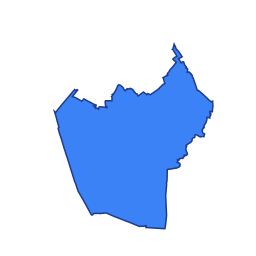 My Tu, Sóc Trăng, Vietnam, rotated 288°
{"feature_id": "81297802B88406709239333", "entity_name": "My Tu", "entity_type": "district", "adm_level": 2, "iso_a3": "VNM", "parent_name": "Vietnam", "parent_adm1": "Sóc Trăng", "projection": "robinson", "projection_center": [105.834, 9.623], "detail": "fine", "context": "isolated", "style": "filled", "palette": "blue", "viewbox_px": 256, "rotation_deg": 288, "n_neighbors": 0, "source": "geoboundaries", "source_scale": "gbopen_adm2", "svg_char_len": 5796}
<svg xmlns="http://www.w3.org/2000/svg" viewBox="0 0 256 256"><g transform="rotate(288 128 128)"><path d="M121.2,52.8L118.1,55.0L115.8,56.6L113.3,58.1L108.9,61.0L107.5,62.1L106.2,61.6L102.3,64.1L99.4,66.2L98.3,67.1L88.0,74.2L86.9,75.1L84.4,76.8L81.4,79.1L78.1,81.4L76.8,82.4L72.6,85.3L65.3,90.5L62.2,92.7L61.2,93.4L60.4,94.0L59.3,95.1L55.0,98.2L52.5,100.1L52.0,100.6L45.2,108.2L34.0,120.1L34.1,120.3L34.3,121.0L34.6,121.2L36.4,122.1L36.5,122.7L36.8,123.8L37.9,126.7L37.8,127.5L40.4,133.2L40.2,136.3L39.6,142.4L39.3,148.4L39.2,150.2L38.9,154.4L38.8,158.1L38.6,160.5L38.5,162.0L38.3,164.0L38.2,166.1L37.9,169.4L38.4,169.8L38.6,170.1L38.6,170.5L38.7,171.4L38.8,171.7L39.2,172.1L39.1,172.6L39.2,173.0L39.4,173.5L39.8,174.1L40.2,174.5L40.6,174.7L40.6,175.4L38.9,175.8L43.6,194.2L48.0,193.6L56.8,191.7L75.2,184.8L84.9,182.5L87.0,182.0L87.4,181.6L87.7,181.4L88.0,181.4L89.2,181.6L89.9,181.4L92.3,180.7L100.6,178.2L100.8,178.2L102.1,181.3L102.4,181.8L102.7,181.9L103.0,182.9L103.5,183.8L103.8,184.3L104.3,184.7L104.4,185.0L104.4,185.6L104.4,185.9L104.5,186.0L105.1,186.8L105.5,187.3L106.3,188.1L106.7,188.6L106.8,188.7L107.6,188.8L107.9,189.2L108.4,188.9L108.8,188.9L109.1,188.8L109.6,188.8L109.8,188.7L110.0,188.5L110.2,188.1L110.6,187.3L110.6,186.9L110.5,186.2L110.5,185.8L110.6,185.3L110.8,185.4L110.9,185.5L111.0,185.7L112.1,185.7L112.4,185.5L112.5,185.3L112.7,185.1L112.8,185.0L112.9,184.8L113.0,184.9L113.2,185.4L113.3,186.0L113.4,186.4L113.5,186.6L113.8,186.6L113.8,186.1L114.1,186.0L114.3,186.1L114.6,186.4L115.0,187.2L115.7,187.9L115.9,188.8L115.9,189.2L115.9,189.4L116.1,189.6L116.5,189.7L117.1,189.6L117.4,189.6L117.7,189.8L118.1,190.3L118.4,190.4L118.7,190.4L119.0,190.2L119.4,189.8L119.5,189.8L119.5,190.0L119.6,190.3L119.6,191.1L119.7,191.4L120.0,191.7L120.1,192.1L120.6,191.9L120.9,192.3L121.6,192.5L121.8,192.3L122.1,192.3L122.4,192.1L123.0,191.6L123.8,190.7L124.0,190.6L124.6,190.4L125.2,189.9L125.5,189.7L126.8,189.3L127.4,189.4L127.9,189.2L128.2,189.2L128.6,189.4L128.9,189.4L129.2,189.2L129.5,188.6L130.0,189.0L130.8,189.5L131.6,190.2L133.4,191.8L134.0,192.2L134.6,192.6L135.4,192.8L135.8,192.8L136.9,192.5L137.4,192.4L137.7,192.4L138.0,192.5L138.4,192.7L139.4,194.1L139.6,194.2L139.9,194.3L140.2,194.4L140.6,194.3L141.0,194.1L141.6,193.9L141.9,193.9L142.1,194.0L142.4,194.2L142.5,194.5L142.6,195.3L142.6,195.7L142.5,196.2L141.9,198.7L141.9,199.3L141.9,199.6L142.0,199.9L142.7,200.8L142.8,201.2L143.1,202.0L143.2,202.9L145.1,202.6L145.3,202.5L145.7,202.8L145.8,202.8L146.1,202.5L146.3,201.8L146.3,201.2L146.4,200.8L146.4,200.6L146.4,200.3L146.3,200.1L146.7,200.4L146.8,200.3L146.9,200.1L147.1,199.9L147.9,199.5L148.1,199.5L148.3,199.6L148.5,199.3L148.9,199.2L149.1,199.3L149.3,199.3L149.5,199.4L149.8,199.3L150.3,199.4L150.6,199.3L151.0,199.7L151.5,199.8L151.8,200.2L152.2,199.8L152.3,199.8L152.6,200.1L153.2,199.7L153.8,199.6L154.8,199.8L155.6,200.1L156.5,200.1L156.9,200.4L157.2,200.6L157.6,200.5L158.1,200.4L159.6,200.5L160.3,200.4L161.6,200.1L162.5,199.7L162.7,200.8L162.8,202.7L164.8,202.2L165.1,202.6L166.1,202.3L166.3,202.7L167.5,202.2L167.2,201.4L169.0,200.8L169.5,203.2L172.1,202.6L175.4,201.9L179.7,200.2L179.0,199.3L178.5,198.6L178.9,198.0L179.5,196.8L179.9,195.7L180.5,194.7L181.0,193.5L181.7,192.1L183.6,188.0L185.1,184.4L185.3,183.9L185.5,183.2L185.1,182.4L186.5,181.3L189.6,179.1L194.9,175.1L195.0,175.0L195.7,174.5L195.9,174.3L196.0,174.1L196.2,173.8L197.0,173.2L197.9,172.7L198.1,172.5L199.0,171.4L199.0,171.1L198.8,170.8L199.1,170.5L199.7,170.1L199.9,169.7L199.9,169.0L199.9,168.9L200.1,168.6L200.0,168.2L199.6,167.8L199.3,167.1L200.6,167.0L201.8,166.6L202.6,166.5L203.0,165.4L202.8,165.1L203.1,164.5L203.8,164.8L204.2,164.5L204.5,163.8L204.8,163.3L205.6,162.3L206.5,161.6L207.9,160.6L208.1,159.7L207.9,159.5L207.2,158.9L206.5,158.7L206.3,158.5L209.6,154.6L210.6,155.7L211.6,156.8L212.5,157.5L213.2,156.5L214.5,155.0L216.5,152.4L217.0,151.5L218.2,149.4L218.4,149.0L218.7,148.7L219.3,148.5L219.7,148.2L222.0,146.0L216.9,146.3L216.7,146.1L216.7,146.3L215.3,147.8L211.4,152.4L209.4,150.5L207.4,149.4L207.1,149.8L206.3,151.3L205.6,153.5L205.4,153.6L204.0,153.1L200.1,151.7L198.7,151.0L195.7,149.8L195.0,149.8L194.5,149.7L193.9,149.4L192.8,149.0L192.1,148.7L191.9,148.7L191.7,148.8L191.4,149.1L190.7,149.5L190.4,149.5L190.1,149.4L190.1,148.6L189.7,148.7L189.2,148.0L186.6,145.7L186.3,146.0L185.8,146.6L183.1,148.3L181.6,149.3L180.6,148.2L180.1,147.8L175.0,145.1L174.9,145.3L169.3,141.1L168.3,140.2L166.5,138.9L166.8,136.9L166.9,136.2L165.5,135.6L167.0,131.6L161.6,127.7L161.9,127.3L163.2,126.1L163.3,125.8L163.2,125.3L163.2,124.8L163.3,124.5L163.6,124.0L163.7,123.8L163.9,123.8L164.0,123.6L164.2,122.9L164.3,122.8L164.4,122.5L164.7,122.1L165.2,121.6L165.4,121.7L165.8,121.1L166.1,120.5L166.3,119.1L166.4,117.7L165.8,117.6L165.6,117.5L165.5,117.4L165.4,116.7L165.3,115.9L164.7,115.5L165.0,115.0L163.2,114.1L162.7,114.1L162.8,113.6L163.0,113.1L163.3,112.5L163.5,112.2L164.2,111.7L164.5,111.4L165.3,110.1L166.0,108.4L166.3,107.5L166.3,106.8L166.3,105.9L165.9,105.8L165.3,105.2L163.6,105.1L160.1,104.7L156.8,103.9L156.6,103.8L156.1,103.5L155.2,102.8L155.2,103.5L152.9,102.7L152.9,103.0L151.8,103.4L150.5,103.8L149.0,104.4L147.0,98.2L146.6,98.2L145.7,98.2L145.3,98.4L142.3,99.7L142.2,99.8L141.9,100.1L141.7,100.8L141.6,101.2L141.0,101.7L140.9,101.5L140.7,100.8L140.4,98.5L140.0,96.7L139.5,95.1L139.4,94.5L139.1,94.0L138.3,94.0L136.8,94.1L137.0,93.4L137.3,93.0L137.3,92.5L137.4,91.9L137.0,91.5L136.7,91.4L137.3,90.5L138.1,88.9L138.2,89.4L138.9,90.8L139.9,90.7L140.0,89.2L140.1,87.8L141.0,83.0L141.2,81.5L142.0,77.5L142.0,76.9L139.2,75.8L139.9,72.5L140.7,68.5L140.7,65.4L143.2,66.3L143.9,66.7L148.3,68.3L148.5,68.4L148.8,68.0L148.8,67.9L147.4,66.0L148.0,65.3L134.9,60.0L132.6,59.0L124.8,55.9L120.5,54.5L121.2,52.8Z" fill="#3b82f6" stroke="#1e3a8a" stroke-width="1.5"/></g></svg>